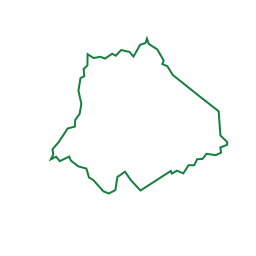 outline of Knott, Kentucky, United States of America, rotated 137°
{"feature_id": "52423323B14843567841968", "entity_name": "Knott", "entity_type": "district", "adm_level": 2, "iso_a3": "USA", "parent_name": "United States of America", "parent_adm1": "Kentucky", "projection": "mercator", "projection_center": [-82.938, 37.349], "detail": "fine", "context": "isolated", "style": "outline", "palette": "green", "viewbox_px": 256, "rotation_deg": 137, "n_neighbors": 0, "source": "geoboundaries", "source_scale": "gbopen_adm2", "svg_char_len": 895}
<svg xmlns="http://www.w3.org/2000/svg" viewBox="0 0 256 256"><g transform="rotate(137 128 128)"><path d="M127.0,64.8L121.3,63.4L118.5,57.1L109.1,59.5L105.0,55.6L98.7,58.0L94.6,54.6L88.2,55.6L82.5,48.4L76.8,46.5L73.7,50.8L67.0,48.1L65.0,50.1L65.5,59.5L50.3,78.4L54.1,102.5L59.1,136.2L57.1,146.2L59.2,151.4L55.9,153.0L53.0,165.4L55.5,175.3L53.2,180.4L57.2,178.2L62.4,180.6L75.3,176.5L75.0,182.6L79.8,189.7L87.6,189.2L89.0,193.1L97.5,194.5L99.6,198.9L105.4,202.6L107.2,209.5L115.0,201.5L120.2,201.4L124.7,195.7L128.7,196.9L138.8,189.1L145.6,177.5L153.8,171.3L161.1,169.9L165.9,165.3L172.4,168.8L188.6,164.9L197.7,164.0L200.7,159.6L205.7,157.7L200.2,156.1L200.5,150.3L190.5,147.2L192.0,143.1L190.5,133.8L186.1,126.7L190.3,118.4L188.9,113.9L189.2,98.5L186.7,93.2L179.6,91.2L169.2,99.4L160.0,98.1L161.5,88.0L161.5,73.8L126.1,67.4L127.0,64.8Z" fill="none" stroke="#15803d" stroke-width="2"/></g></svg>